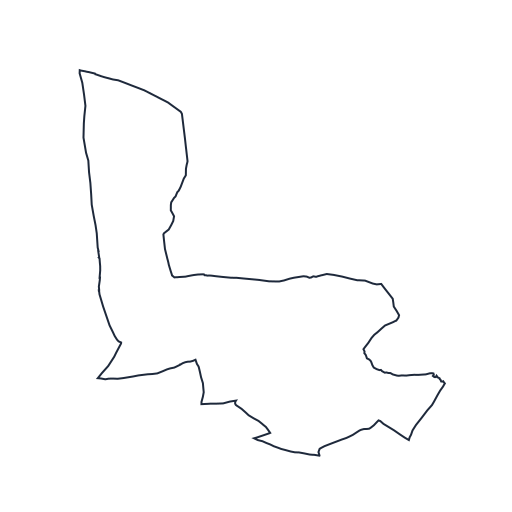 the district of Handeni Mji, Tanga, United Republic of Tanzania, rotated 83°
{"feature_id": "72390352B73978463558570", "entity_name": "Handeni Mji", "entity_type": "district", "adm_level": 2, "iso_a3": "TZA", "parent_name": "United Republic of Tanzania", "parent_adm1": "Tanga", "projection": "orthographic", "projection_center": [37.976, -5.441], "detail": "fine", "context": "isolated", "style": "outline", "palette": "slate", "viewbox_px": 512, "rotation_deg": 83, "n_neighbors": 0, "source": "geoboundaries", "source_scale": "gbopen_adm2", "svg_char_len": 5335}
<svg xmlns="http://www.w3.org/2000/svg" viewBox="0 0 512 512"><g transform="rotate(83 256 256)"><path d="M299.0,135.1L298.9,139.6L297.6,143.4L293.7,150.8L292.6,156.9L292.4,158.5L289.6,166.2L289.0,167.7L286.9,173.1L284.2,181.3L283.0,186.0L282.8,186.8L282.5,187.9L282.6,188.8L283.1,192.9L283.1,193.5L283.4,195.3L283.6,197.0L284.0,198.9L283.4,200.8L283.2,201.4L283.2,201.7L283.7,203.1L284.0,203.7L284.1,205.3L284.1,205.7L283.7,206.3L283.5,206.7L282.6,208.2L282.6,208.3L281.9,211.2L281.9,212.4L282.0,215.1L282.1,218.3L282.1,218.6L282.2,221.1L282.6,225.3L283.2,228.6L283.7,231.2L283.8,232.6L284.1,235.9L284.1,236.1L283.6,240.0L282.7,246.2L282.3,247.7L280.4,254.9L280.3,255.1L279.5,258.7L276.7,271.6L275.3,277.8L275.1,279.2L274.9,281.1L274.7,281.9L274.5,283.6L272.7,291.8L271.6,296.5L270.9,299.4L270.5,300.9L270.1,302.5L269.8,304.0L269.7,304.7L269.5,306.9L269.1,307.7L268.9,308.9L268.8,309.4L268.0,309.8L267.8,310.4L267.7,310.9L267.3,316.0L267.3,319.9L267.4,322.1L267.7,326.5L267.9,328.3L267.9,328.6L267.5,335.0L267.5,336.1L267.5,336.4L267.5,336.6L267.4,337.0L267.4,337.3L267.3,338.6L267.3,339.6L267.2,339.7L266.2,340.6L265.1,341.7L264.2,341.8L260.1,342.6L259.4,342.7L256.0,343.3L255.3,343.4L254.2,343.6L251.8,343.8L249.3,344.1L248.1,344.3L246.3,344.5L242.2,345.0L238.0,345.5L228.9,345.4L223.4,345.3L222.7,344.9L222.1,344.4L219.1,339.4L215.0,336.4L211.2,333.9L206.6,332.5L204.7,333.2L202.2,334.2L200.3,335.0L198.9,334.8L195.0,334.3L192.8,333.7L192.4,333.6L188.3,330.2L187.1,328.6L185.8,327.9L183.0,326.3L182.1,325.1L181.8,324.8L181.0,324.3L181.0,324.2L178.1,322.3L170.3,318.2L170.2,318.1L169.2,317.3L169.1,317.2L168.5,316.7L167.3,315.8L163.7,315.3L160.9,314.9L157.1,313.7L155.5,313.1L155.4,313.0L153.6,312.4L141.5,312.3L139.6,312.3L130.7,312.2L126.3,312.2L122.5,312.2L121.6,312.2L117.3,312.2L112.3,312.2L111.4,312.2L106.6,312.2L105.9,312.2L104.1,312.9L103.7,313.1L98.3,318.9L94.1,323.4L93.1,324.4L90.8,327.7L88.6,331.0L77.8,346.9L77.4,347.7L77.2,348.1L75.2,351.8L71.3,359.2L70.1,361.4L67.8,365.7L64.8,371.4L63.6,375.6L63.3,376.6L59.8,385.3L58.4,388.4L58.3,388.5L56.0,393.2L56.0,393.3L55.3,393.6L53.7,397.9L53.0,399.7L53.0,399.8L52.9,400.2L52.3,402.1L52.2,402.3L51.9,403.0L50.6,407.2L50.1,408.3L53.2,408.8L62.9,407.3L74.8,407.0L86.2,407.0L96.1,409.3L103.3,410.7L117.5,412.8L132.8,412.1L140.9,410.8L152.5,411.5L163.3,411.5L174.9,412.1L185.1,412.8L196.4,412.2L205.9,411.5L214.1,411.3L228.3,412.1L231.9,411.7L231.9,412.0L238.8,411.8L238.8,412.0L239.5,411.6L241.5,411.7L243.8,411.8L247.1,411.9L251.4,412.4L256.6,413.5L258.5,413.9L258.5,413.5L261.0,414.0L267.2,415.7L270.6,415.8L270.7,416.2L270.8,416.2L270.7,416.0L270.9,416.0L275.0,416.0L287.5,413.9L307.0,409.8L314.2,407.3L318.2,406.0L322.0,404.2L324.0,402.8L325.4,400.4L326.4,400.6L328.4,402.0L335.0,406.6L338.7,409.0L347.2,416.1L353.6,423.4L354.1,423.9L358.0,427.9L358.7,424.7L360.0,420.6L359.8,417.0L360.3,412.5L361.0,408.3L361.0,402.7L360.6,392.6L360.2,387.3L360.2,385.9L360.2,377.9L360.5,373.4L360.5,368.3L359.0,362.6L357.7,358.2L357.3,356.0L357.1,354.8L356.8,350.8L356.2,348.9L354.6,344.3L354.4,344.3L354.4,344.2L354.3,343.8L353.4,341.6L352.8,339.1L352.6,336.6L352.8,334.2L352.4,331.4L351.6,328.7L355.9,327.8L358.6,326.5L359.7,326.3L364.2,325.8L368.6,325.4L369.7,325.3L375.7,324.2L381.2,324.4L381.6,324.4L384.9,324.5L389.3,325.9L394.2,327.9L396.4,328.2L396.7,324.1L396.9,321.4L397.0,319.5L397.7,313.7L398.3,306.6L397.3,299.6L397.1,293.5L398.2,294.4L400.0,294.7L401.3,294.2L402.2,293.3L406.0,288.9L410.2,285.2L413.1,282.8L413.2,282.7L416.2,278.9L416.9,278.0L420.0,273.6L423.5,270.2L424.1,269.7L426.9,267.0L429.7,265.4L433.3,263.5L433.6,264.5L434.9,270.7L436.2,277.0L436.7,280.1L438.9,276.7L440.6,272.2L442.9,268.4L444.7,265.0L446.2,262.7L446.9,261.7L449.2,257.1L450.6,254.5L452.0,250.9L454.3,245.3L455.6,241.3L456.2,237.3L457.8,232.2L459.6,226.9L460.2,224.0L460.4,222.6L461.7,218.1L461.9,217.4L461.7,217.3L458.6,217.8L458.3,217.9L457.8,217.7L455.1,216.3L454.3,214.4L453.1,211.2L451.7,205.7L450.5,200.9L449.7,197.6L448.6,193.2L448.1,190.7L447.6,188.4L446.6,185.3L445.3,181.6L443.7,178.4L441.8,174.5L441.3,172.8L440.9,170.1L441.2,166.8L441.2,164.7L440.5,163.2L438.4,159.7L435.6,156.3L434.5,154.9L434.1,154.4L434.7,153.3L435.0,152.7L438.2,149.9L441.9,145.2L445.8,140.3L450.8,134.7L454.4,130.5L457.3,126.7L454.7,125.6L452.3,123.9L448.2,121.9L443.2,117.8L437.1,111.6L430.0,104.7L425.4,99.5L422.4,97.2L421.7,96.7L416.1,92.7L412.0,89.6L408.3,86.2L407.3,85.5L405.5,84.1L404.9,84.5L404.2,84.9L403.1,85.5L403.4,86.2L403.1,87.5L401.4,87.9L400.7,88.6L399.9,88.6L399.4,89.2L398.6,90.5L397.7,90.9L396.8,91.4L398.1,92.4L397.9,93.7L396.6,95.0L395.6,94.0L394.2,94.2L393.8,95.5L393.6,97.6L394.2,101.9L394.0,105.1L393.8,109.0L393.2,113.6L393.0,117.7L393.0,121.5L392.3,125.8L392.3,128.8L391.9,130.6L390.2,134.7L388.6,136.8L388.2,139.0L387.5,140.7L387.5,142.4L385.6,145.0L384.3,145.9L384.3,147.4L383.0,150.0L381.1,152.7L378.5,153.8L375.4,154.5L373.9,155.1L372.4,156.4L371.1,158.4L369.0,158.8L367.4,159.2L365.7,160.3L364.0,159.9L361.6,160.7L360.2,159.4L359.6,158.8L356.8,156.0L355.9,155.1L351.4,151.3L348.6,148.2L346.2,144.3L344.2,141.5L343.4,140.4L340.7,136.4L339.7,132.8L338.4,128.2L337.2,124.9L337.3,124.8L337.3,124.7L335.6,123.1L334.5,122.1L334.4,122.1L332.2,121.2L327.7,123.1L323.0,125.4L319.0,125.4L315.1,125.5L304.5,131.9L302.3,133.2L299.0,135.1Z" fill="none" stroke="#1e293b" stroke-width="2"/></g></svg>